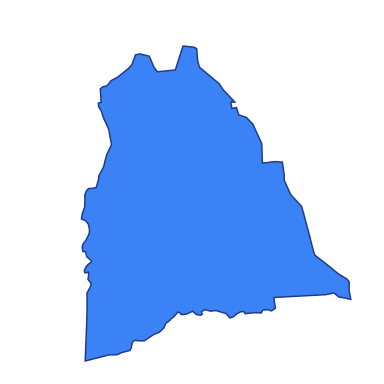 outline of Matazu, Katsina, Nigeria, rotated 259°
{"feature_id": "59680162B62360966111253", "entity_name": "Matazu", "entity_type": "district", "adm_level": 2, "iso_a3": "NGA", "parent_name": "Nigeria", "parent_adm1": "Katsina", "projection": "mercator", "projection_center": [7.633, 12.236], "detail": "fine", "context": "isolated", "style": "filled", "palette": "blue", "viewbox_px": 384, "rotation_deg": 259, "n_neighbors": 0, "source": "geoboundaries", "source_scale": "gbopen_adm2", "svg_char_len": 2189}
<svg xmlns="http://www.w3.org/2000/svg" viewBox="0 0 384 384"><g transform="rotate(259 192 192)"><path d="M337.5,162.8L328.2,157.1L324.8,152.1L318.8,140.6L318.0,137.8L316.6,133.5L314.7,131.7L312.5,128.7L312.2,124.4L310.7,121.6L302.2,120.6L297.3,119.9L297.2,117.1L293.7,116.6L288.2,118.6L284.5,118.9L280.5,119.5L272.2,121.6L268.8,122.3L263.8,122.1L258.2,122.0L254.9,122.1L253.3,121.8L251.2,120.1L244.9,115.4L239.6,112.8L235.7,111.0L233.8,110.2L225.5,103.6L222.3,102.7L218.1,100.6L215.6,99.3L214.5,98.6L214.7,94.5L215.1,91.1L214.0,89.5L212.9,88.3L209.5,86.2L204.0,85.2L203.1,85.0L198.0,83.9L191.6,80.2L186.6,78.3L184.1,82.1L180.2,84.1L175.0,84.2L171.5,83.5L169.3,82.0L165.1,78.8L161.8,75.2L159.1,73.8L158.5,73.7L154.5,73.5L153.5,76.1L148.5,76.3L147.3,77.3L143.5,80.1L142.5,79.7L140.8,76.3L138.9,73.9L135.8,71.4L133.4,71.3L132.8,72.8L133.2,74.9L131.0,74.9L126.0,73.2L121.7,75.5L118.8,74.5L112.8,69.6L99.1,67.1L84.6,63.9L46.5,54.9L48.0,80.2L47.6,81.6L47.2,83.4L46.6,87.6L47.8,92.4L48.3,100.8L50.2,102.4L56.1,104.9L57.3,107.2L55.9,112.3L55.0,116.6L59.5,127.4L60.6,133.3L63.9,138.5L67.8,140.9L70.2,145.7L71.5,147.3L73.1,150.4L76.7,155.2L76.0,157.0L73.7,158.0L73.2,163.3L74.8,169.9L71.2,172.6L69.4,176.4L69.9,178.7L72.6,178.4L74.1,182.1L71.6,187.2L71.0,193.0L68.5,197.8L66.1,202.4L61.1,205.1L61.6,208.7L63.7,212.4L65.2,217.0L64.6,220.2L62.4,220.9L61.6,230.6L60.0,236.8L62.6,239.1L62.0,244.0L60.1,247.4L62.1,251.8L68.7,251.9L72.8,252.4L69.7,274.9L65.7,303.7L65.9,311.9L60.8,316.3L58.8,321.8L56.3,327.4L64.9,327.4L73.9,329.1L76.7,327.7L83.9,319.9L94.5,311.1L106.6,300.5L110.4,300.0L116.2,299.6L118.7,299.5L120.0,299.4L123.3,299.2L125.9,299.2L130.1,298.8L133.0,298.6L135.8,298.4L137.7,298.3L139.1,298.2L142.4,297.9L149.2,297.5L157.0,296.8L170.6,288.4L185.8,284.8L191.5,285.8L204.2,286.4L204.7,283.8L205.6,281.2L206.1,278.2L206.5,274.1L206.3,273.0L207.0,266.6L226.1,269.7L247.0,264.7L254.8,259.6L258.8,252.6L266.4,251.7L266.4,247.1L272.1,247.2L273.2,248.0L272.4,249.2L272.1,251.2L286.1,242.3L293.3,239.2L313.1,223.1L319.4,222.6L331.8,223.9L333.7,221.7L337.0,211.0L315.0,198.9L316.6,181.0L321.6,178.5L333.4,176.0L337.4,167.5L337.5,162.8Z" fill="#3b82f6" stroke="#1e3a8a" stroke-width="1.5"/></g></svg>